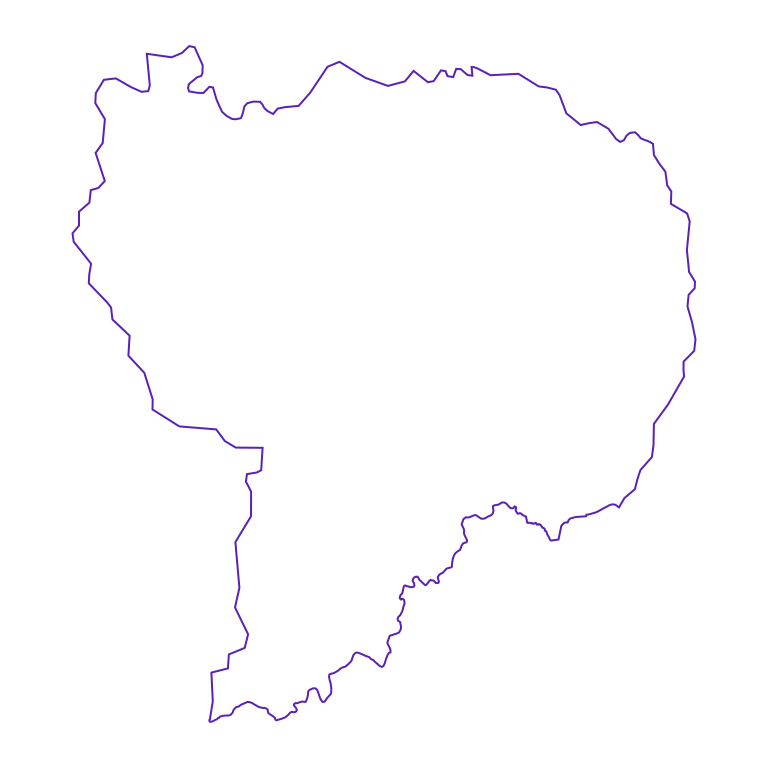 Piedras Coloradas, Paysandú, Uruguay (Equal Earth projection)
{"feature_id": "84410073B64308105297913", "entity_name": "Piedras Coloradas", "entity_type": "district", "adm_level": 2, "iso_a3": "URY", "parent_name": "Uruguay", "parent_adm1": "Paysandú", "projection": "equal_earth", "projection_center": [-57.507, -32.344], "detail": "fine", "context": "isolated", "style": "outline", "palette": "violet", "viewbox_px": 768, "rotation_deg": 0, "n_neighbors": 0, "source": "geoboundaries", "source_scale": "gbopen_adm2", "svg_char_len": 6052}
<svg xmlns="http://www.w3.org/2000/svg" viewBox="0 0 768 768"><path d="M608.5,128.8L597.0,122.0L588.8,123.2L580.7,125.0L566.4,113.4L559.5,95.0L555.8,89.7L547.3,87.5L538.7,86.4L518.4,73.8L490.5,75.2L477.8,68.6L474.2,67.2L471.6,67.0L472.4,75.7L467.5,75.0L460.7,69.1L456.2,68.9L453.2,77.1L447.5,76.1L445.5,71.1L441.0,70.4L433.7,81.1L427.9,82.2L413.6,70.9L404.9,81.4L387.9,85.9L365.5,77.9L339.4,61.8L327.5,66.8L310.2,92.7L298.6,105.9L285.3,107.1L277.7,108.6L273.1,114.0L267.6,111.1L264.2,107.9L262.3,104.3L260.1,101.8L253.3,101.6L247.3,103.2L244.4,106.4L242.7,113.7L241.0,118.1L235.8,119.3L232.2,119.0L226.7,116.0L222.1,111.9L219.1,105.5L216.5,99.5L213.0,87.5L209.4,86.8L203.4,93.0L197.4,92.8L189.1,91.4L188.1,88.0L188.8,84.2L196.9,77.4L201.2,75.9L202.4,73.3L202.7,65.3L194.6,47.3L189.2,46.1L181.9,53.0L171.6,57.3L146.8,53.8L149.8,85.4L148.3,91.1L141.5,91.8L131.2,87.2L115.8,78.4L103.9,79.8L95.8,93.1L95.3,103.1L104.9,119.1L102.7,143.0L95.6,152.9L104.8,181.0L98.3,188.0L90.8,190.1L89.4,202.6L79.0,211.7L79.0,225.6L72.5,233.3L73.7,241.8L91.1,263.7L89.3,274.0L88.8,283.3L107.5,302.8L111.1,307.6L112.4,319.4L129.6,335.7L128.4,355.7L144.3,372.8L152.7,399.4L152.5,409.5L179.3,426.4L216.2,429.4L224.8,441.0L235.7,447.6L262.6,447.8L261.2,470.2L256.8,472.5L247.0,474.1L245.9,481.5L251.1,491.6L251.0,516.3L235.4,542.1L239.4,587.9L235.0,607.4L248.1,634.3L244.7,647.9L228.9,654.4L227.9,668.4L211.4,672.6L212.8,701.4L210.1,717.9L210.1,718.7L209.5,719.6L209.3,720.6L210.1,721.9L210.8,721.7L212.8,721.3L215.3,719.9L216.7,719.4L217.6,718.6L218.1,718.0L219.0,717.8L219.6,717.0L220.8,716.3L224.1,715.6L228.6,715.5L230.5,714.9L232.6,712.7L233.6,709.8L236.1,707.1L238.9,706.4L241.2,704.6L243.8,703.6L247.2,702.0L249.4,702.0L251.9,703.0L258.3,706.7L260.8,707.5L262.9,708.0L264.1,707.8L265.4,708.2L266.8,708.8L267.6,709.6L267.8,710.3L268.0,711.8L268.4,713.1L270.4,714.6L272.9,716.1L275.0,718.1L275.4,719.7L276.4,720.3L282.0,718.6L285.3,717.3L288.1,715.0L290.2,712.6L291.4,712.0L292.6,712.0L293.9,712.2L295.0,712.1L296.3,711.3L296.7,710.4L296.7,709.4L295.8,707.7L294.0,705.5L294.0,704.6L294.3,703.9L295.1,703.2L297.0,703.2L299.9,702.2L302.6,701.5L304.5,701.9L305.6,701.8L306.0,701.1L307.3,697.9L308.0,694.7L308.1,691.9L308.9,690.4L309.8,689.8L312.8,688.4L315.2,688.3L316.5,689.1L317.6,690.6L319.4,696.1L320.5,699.1L322.5,701.9L324.8,701.6L326.8,698.4L330.7,694.1L331.2,692.4L331.3,687.9L330.7,683.7L329.7,680.1L329.0,676.6L329.4,674.5L330.7,673.9L334.1,673.0L338.6,670.3L340.1,668.8L342.1,667.6L345.4,666.6L348.7,663.8L351.4,660.9L353.3,655.3L354.5,653.7L355.8,652.7L357.9,652.6L361.3,653.9L363.5,654.9L365.1,655.7L369.1,657.1L370.9,658.9L373.3,660.1L375.1,661.9L379.6,665.9L381.8,666.9L383.4,666.1L384.7,663.4L386.0,659.1L387.2,655.9L388.7,653.1L390.5,652.4L390.3,649.1L388.9,646.1L387.7,643.9L387.4,642.8L387.8,641.1L388.5,639.4L389.7,635.8L397.7,633.2L398.9,632.5L399.7,631.4L401.0,628.6L400.9,625.9L400.1,622.1L398.0,620.6L397.6,618.9L398.4,616.8L400.2,615.2L401.5,612.7L402.8,609.7L403.4,606.8L404.6,603.5L404.1,600.0L403.2,599.1L402.1,598.7L401.5,598.9L401.2,599.5L400.6,599.4L399.7,597.7L400.1,596.2L400.7,594.7L401.4,594.5L402.4,592.9L403.4,588.0L404.0,586.1L404.6,585.6L405.5,585.5L406.8,586.2L408.0,586.3L410.1,587.1L412.7,587.1L414.0,586.5L414.4,585.6L414.1,583.4L413.2,581.9L412.7,580.4L413.1,579.0L413.6,578.2L414.3,577.4L415.3,576.8L416.2,576.9L417.4,576.6L418.3,577.5L418.9,578.9L419.7,580.1L421.2,581.4L422.6,582.9L425.3,585.2L426.5,584.7L427.3,583.5L428.1,582.6L429.4,580.8L430.6,579.9L431.2,580.4L433.7,580.5L435.6,582.8L436.3,583.1L437.5,583.0L438.5,582.7L438.9,581.8L437.8,577.7L438.0,576.6L439.4,574.6L441.1,573.5L442.5,573.0L444.6,570.8L446.3,568.8L447.4,568.3L449.3,567.8L450.5,567.6L451.7,567.0L452.0,566.0L452.0,564.5L452.4,561.1L453.0,558.1L454.1,555.3L455.4,553.2L456.9,551.9L458.4,550.9L460.1,549.9L461.7,545.4L463.2,543.3L465.8,542.5L466.9,541.8L467.0,540.9L466.7,539.4L464.6,535.3L463.9,533.0L464.2,531.1L464.0,529.6L462.8,526.7L461.9,525.3L461.8,523.9L462.0,523.0L462.5,522.3L462.7,520.9L463.1,519.8L464.1,518.5L464.9,518.1L465.8,517.3L468.3,517.5L470.1,517.0L473.9,515.3L475.4,515.1L476.7,515.6L481.0,518.6L483.1,518.8L485.0,518.3L488.5,516.3L491.2,515.2L492.7,513.6L493.5,510.8L493.0,507.6L492.9,506.3L493.3,505.8L495.5,505.1L498.4,504.6L501.9,502.6L502.6,502.4L504.2,502.5L506.0,503.4L506.6,503.8L507.7,505.3L508.3,505.8L508.7,506.4L510.8,508.2L512.1,508.3L513.3,508.1L513.7,507.9L514.2,506.8L514.6,506.4L515.9,507.1L516.1,508.0L515.8,509.5L515.7,510.1L515.9,510.7L516.6,512.2L517.2,512.9L517.3,513.3L517.7,513.7L518.2,513.8L519.5,513.2L520.5,513.3L521.6,513.8L521.7,514.3L522.1,514.7L525.1,516.3L525.4,516.6L526.0,516.6L526.2,517.0L526.2,518.3L526.8,520.0L526.9,522.1L527.6,522.9L529.8,522.7L530.5,523.1L530.8,523.2L531.3,523.0L531.7,523.2L532.2,523.2L532.9,523.8L533.1,523.8L533.3,523.4L534.6,523.5L535.6,522.9L535.9,523.1L535.8,523.4L536.4,523.9L536.8,524.5L537.2,524.4L538.0,524.6L538.2,524.1L538.8,524.1L539.8,524.5L540.0,524.7L540.8,525.1L541.1,525.8L541.6,526.3L541.9,526.9L542.4,527.3L542.4,527.6L542.6,527.8L543.6,528.0L544.6,528.7L544.7,529.0L544.7,529.3L544.8,529.5L544.7,530.3L545.0,530.7L545.3,531.0L546.2,531.3L546.4,531.7L547.3,534.4L547.8,535.4L548.3,536.1L548.8,536.9L550.0,539.7L551.1,540.6L558.5,539.5L561.3,526.0L561.7,525.5L563.8,523.2L564.6,522.7L566.2,522.4L567.6,522.5L568.5,520.4L568.7,520.0L570.3,518.5L575.7,517.0L586.0,516.3L586.2,516.1L586.4,514.7L589.0,514.4L595.5,512.5L597.4,511.7L608.8,505.5L610.7,504.7L612.1,504.4L613.5,504.4L615.0,504.7L616.2,505.3L619.0,507.4L624.4,498.1L634.9,489.2L637.2,479.9L640.4,470.1L651.9,457.0L653.5,445.2L653.9,423.9L667.9,404.7L684.1,376.5L683.5,370.2L683.6,361.6L694.2,350.8L695.5,339.3L692.0,322.1L687.5,306.5L688.6,294.9L694.7,288.2L695.0,281.6L689.1,272.0L686.9,250.1L689.7,221.4L687.1,213.4L670.9,203.9L671.3,191.5L667.2,185.4L665.4,171.7L659.5,163.9L653.9,155.0L653.0,143.9L650.4,142.2L647.4,140.8L644.7,140.0L640.8,138.3L638.7,135.7L635.2,132.3L629.8,132.9L626.5,135.7L624.0,140.1L620.1,141.9L616.1,139.0L608.5,128.8Z" fill="none" stroke="#5b21b6" stroke-width="2"/></svg>